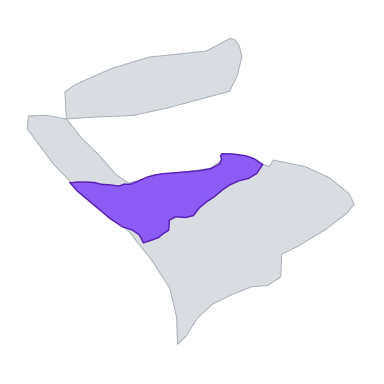 Brunei, with Tutong highlighted, rotated 267°
{"feature_id": "BRN-1184", "entity_name": "Tutong", "entity_type": "District", "adm_level": 1, "iso_a3": "BRN", "parent_name": "Brunei", "parent_adm1": "", "projection": "equal_earth", "projection_center": [114.706, 4.599], "detail": "fine", "context": "in_parent", "style": "filled", "palette": "violet", "viewbox_px": 384, "rotation_deg": 267, "n_neighbors": 0, "source": "natural_earth", "source_scale": "10m", "svg_char_len": 1503}
<svg xmlns="http://www.w3.org/2000/svg" viewBox="0 0 384 384"><g transform="rotate(267 192 192)"><path d="M271.5,70.4L251.8,84.4L232.6,102.0L213.3,117.1L204.3,129.0L207.5,145.7L212.1,182.3L214.7,211.1L221.5,222.5L226.7,234.0L224.5,246.5L213.1,270.3L219.6,274.9L211.4,306.5L199.1,329.8L182.1,348.8L171.1,353.3L162.4,345.1L148.1,324.3L132.4,295.2L125.1,278.3L102.7,276.1L94.7,262.7L94.2,246.4L87.8,227.2L79.0,206.6L65.7,190.7L48.1,178.4L40.6,169.5L67.9,170.1L97.1,164.8L127.0,147.6L155.9,126.9L180.1,103.2L202.9,76.4L226.8,55.3L263.9,30.7L276.5,32.7L276.3,50.1L271.5,70.4ZM298.6,70.3L305.4,81.0L319.7,118.5L329.0,156.2L332.0,213.6L343.4,238.0L341.6,243.0L334.8,247.1L324.2,248.8L306.0,243.3L290.7,234.9L277.4,172.8L271.5,137.6L271.9,95.7L271.5,70.4L298.6,70.3Z" fill="#d9dde1" stroke="#a8b0b8" stroke-width="1"/><path d="M203.5,125.0L203.2,125.3L203.0,130.7L204.8,136.7L209.4,148.6L210.8,155.3L211.7,162.4L212.8,200.2L214.3,212.0L218.5,221.0L223.3,223.3L226.8,222.5L228.6,224.1L228.0,233.3L225.8,245.6L224.1,251.0L221.5,256.5L215.7,264.0L215.6,263.9L215.1,263.5L207.1,257.6L202.6,249.2L200.7,239.3L197.0,229.9L192.3,222.2L186.5,214.6L181.4,205.9L175.8,198.5L168.4,192.2L166.9,184.2L168.1,174.3L164.9,167.8L159.4,167.3L155.0,166.6L151.9,161.1L148.2,156.1L145.9,148.7L143.8,140.9L152.2,136.9L157.2,130.2L160.9,120.8L169.6,109.0L198.5,78.0L207.5,70.7L207.9,78.3L207.4,87.1L206.5,95.4L204.4,101.9L203.6,109.0L201.8,119.4L203.4,124.9L203.5,125.0Z" fill="#8b5cf6" stroke="#5b21b6" stroke-width="1.5"/></g></svg>